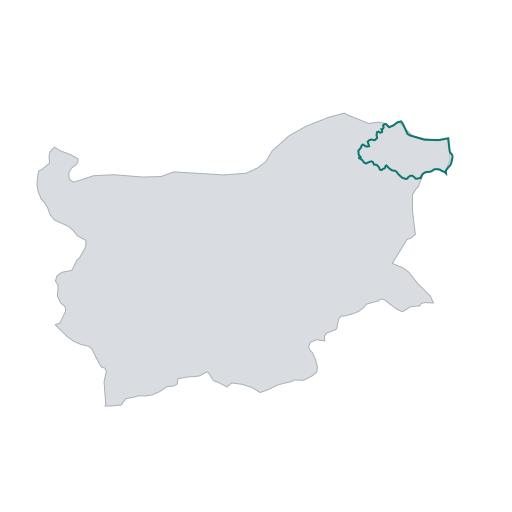 where Dobrich sits in Bulgaria, rotated 352°
{"feature_id": "BGR-2259", "entity_name": "Dobrich", "entity_type": "Province", "adm_level": 1, "iso_a3": "BGR", "parent_name": "Bulgaria", "parent_adm1": "", "projection": "mercator", "projection_center": [27.865, 43.673], "detail": "fine", "context": "in_parent", "style": "outline", "palette": "teal", "viewbox_px": 512, "rotation_deg": 352, "n_neighbors": 0, "source": "natural_earth", "source_scale": "10m", "svg_char_len": 3523}
<svg xmlns="http://www.w3.org/2000/svg" viewBox="0 0 512 512"><g transform="rotate(352 256 256)"><path d="M425.2,327.2L416.2,325.6L413.0,326.1L411.0,328.3L406.8,327.8L401.7,327.9L396.2,330.4L393.2,331.5L389.2,329.2L381.8,322.2L377.3,317.3L373.9,316.0L370.5,317.5L358.4,319.1L355.6,322.0L350.0,325.1L344.3,326.6L336.3,327.7L332.0,327.5L329.6,329.1L327.6,333.6L326.3,338.1L325.1,339.9L315.0,342.2L312.8,344.7L312.2,347.2L312.4,349.7L304.4,347.3L298.2,348.9L296.7,350.8L295.4,353.6L296.2,356.6L298.4,359.4L300.6,367.1L301.4,374.8L300.1,379.2L295.5,382.3L285.9,385.7L276.7,384.1L272.7,385.5L265.8,385.9L259.5,386.8L249.9,389.9L241.2,391.8L233.3,385.4L224.0,381.0L214.3,378.4L210.9,380.3L209.4,381.8L201.2,376.1L197.5,374.1L195.8,371.9L192.4,364.4L190.3,364.1L183.6,366.9L177.1,366.8L173.2,366.3L161.6,366.6L160.1,371.8L158.6,372.6L156.1,373.3L149.9,372.9L142.0,376.8L133.6,379.1L127.0,379.2L120.1,378.0L116.0,378.8L107.2,379.2L101.7,384.8L93.0,384.5L85.7,383.6L86.6,381.8L88.0,359.6L91.6,349.7L91.5,347.7L90.7,346.1L87.5,344.5L85.2,339.1L80.4,325.0L77.7,322.1L70.1,319.1L63.5,315.0L57.9,309.6L47.6,296.2L52.8,294.9L54.4,292.1L59.5,284.7L60.1,281.1L59.6,279.1L56.1,275.5L53.7,267.7L55.5,260.5L55.7,256.7L53.9,253.0L55.8,248.4L59.5,245.9L61.8,245.1L71.7,244.6L77.9,235.4L81.7,232.4L85.6,227.2L87.4,225.2L89.1,221.1L89.7,216.9L81.9,211.1L79.3,206.6L75.8,201.7L71.1,198.4L61.6,192.5L57.9,186.6L56.3,179.0L53.7,173.2L51.0,169.4L50.4,166.3L49.3,162.5L49.0,155.0L51.3,145.1L52.7,141.6L55.9,140.6L64.5,135.3L64.9,128.5L66.4,124.3L69.1,121.8L71.6,120.2L76.3,124.2L87.6,130.5L93.2,135.0L92.9,137.9L90.3,140.7L85.4,143.5L82.5,147.1L81.7,151.6L82.5,154.8L85.9,157.6L106.2,153.9L126.9,155.8L154.6,162.0L173.0,164.1L186.5,161.3L211.7,166.4L235.1,171.2L257.6,172.7L270.1,168.9L279.0,163.8L286.6,154.2L305.4,141.6L323.6,134.5L347.5,128.7L363.4,126.8L365.7,128.7L386.0,140.4L395.0,140.4L402.3,142.5L405.0,145.5L406.8,146.3L416.5,143.4L420.8,149.8L427.6,158.7L439.0,163.3L449.2,165.8L452.4,166.2L463.2,166.1L461.6,188.2L455.2,198.5L445.5,195.1L433.1,197.9L426.6,209.6L422.8,213.0L419.5,217.1L417.3,232.2L416.8,256.8L412.1,259.8L407.8,260.7L389.9,282.3L400.2,288.4L404.8,293.0L412.3,305.7L423.1,320.1L425.2,327.2Z" fill="#d9dde1" stroke="#a8b0b8" stroke-width="1"/><path d="M403.1,143.5L405.7,147.0L410.1,145.9L414.7,143.3L418.4,142.9L419.9,145.6L423.0,156.2L425.2,158.0L439.0,164.3L453.2,166.7L462.7,166.2L462.6,167.4L462.4,178.6L462.5,179.8L463.2,181.4L463.9,182.5L464.4,183.5L464.4,184.9L463.8,187.2L462.7,190.1L461.5,192.6L460.5,193.6L459.8,194.0L456.8,196.9L456.1,197.8L455.8,199.0L455.7,200.6L454.8,199.3L451.8,197.6L451.2,197.1L450.4,196.2L448.8,195.5L445.6,194.9L444.1,195.2L441.6,196.5L440.4,196.8L436.1,196.6L434.7,196.8L432.1,198.3L430.3,200.8L430.0,201.6L429.8,201.5L427.5,201.8L425.1,201.8L423.8,200.1L421.9,198.2L419.8,198.1L417.9,199.0L416.8,200.2L415.4,200.7L411.5,198.7L408.2,194.6L407.0,192.3L405.3,190.8L402.8,190.3L400.1,187.8L397.8,184.5L396.8,184.9L396.1,186.7L394.8,187.3L393.5,187.5L393.0,188.0L392.3,188.4L390.6,187.6L390.2,185.4L388.2,182.6L385.5,181.8L384.9,179.3L383.3,178.3L380.6,178.8L378.0,179.7L376.1,178.7L374.7,175.9L371.0,172.8L372.3,173.1L373.4,172.7L371.8,170.2L372.0,166.0L375.2,163.1L376.0,161.2L377.4,160.5L380.4,163.0L383.3,163.0L382.5,158.4L384.2,157.1L386.3,156.7L389.7,157.9L392.4,156.0L392.2,153.1L393.0,150.3L394.6,149.8L396.1,151.2L398.1,150.8L398.3,149.0L397.9,147.9L399.1,147.9L400.3,146.5L400.0,144.5L401.3,143.4L403.1,143.5L403.1,143.5Z" fill="none" stroke="#0f766e" stroke-width="2"/></g></svg>